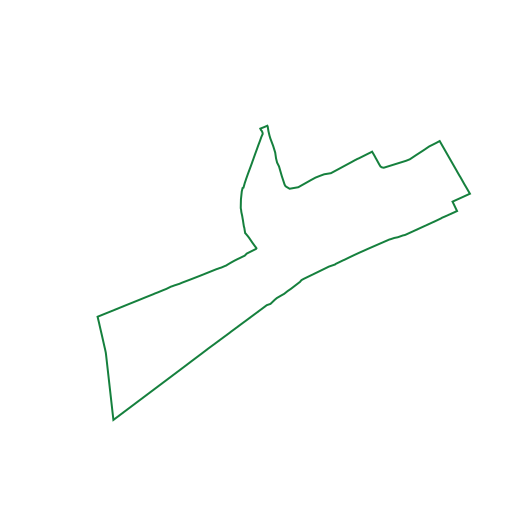 Santa Cruz Amilpas, Oaxaca, Mexico, rotated 50°
{"feature_id": "50627088B5876126006722", "entity_name": "Santa Cruz Amilpas", "entity_type": "district", "adm_level": 2, "iso_a3": "MEX", "parent_name": "Mexico", "parent_adm1": "Oaxaca", "projection": "albers", "projection_center": [-96.687, 17.048], "detail": "fine", "context": "isolated", "style": "outline", "palette": "green", "viewbox_px": 512, "rotation_deg": 50, "n_neighbors": 0, "source": "geoboundaries", "source_scale": "gbopen_adm2", "svg_char_len": 2729}
<svg xmlns="http://www.w3.org/2000/svg" viewBox="0 0 512 512"><g transform="rotate(50 256 256)"><path d="M289.9,470.6L291.6,439.2L294.6,383.9L295.1,373.9L295.4,368.3L295.6,364.8L295.7,362.7L295.8,361.2L296.2,352.2L297.9,325.2L297.9,324.1L299.7,294.6L300.6,279.3L302.0,275.7L301.6,269.9L301.6,267.1L302.4,262.4L303.1,258.7L303.2,254.3L303.6,250.4L304.1,238.9L304.0,238.4L303.7,236.7L303.9,235.6L304.2,234.1L308.3,217.8L311.0,206.9L313.2,201.2L313.3,201.0L313.3,200.0L315.4,191.7L315.7,190.9L316.9,186.0L318.5,179.8L320.0,174.3L321.2,170.2L322.4,165.9L329.1,143.2L329.6,142.2L331.1,138.4L332.8,135.3L334.7,130.2L335.6,128.5L335.9,127.6L344.9,94.9L346.1,90.2L346.3,88.8L347.2,85.9L350.8,73.1L340.7,70.5L342.0,65.8L343.9,59.0L345.8,52.1L338.4,50.8L334.7,50.2L331.6,49.6L326.8,48.7L325.3,48.5L320.2,47.6L319.9,47.5L314.8,46.6L311.5,46.0L286.0,41.4L285.2,45.3L284.1,50.0L283.7,51.6L283.4,52.9L282.7,59.8L281.6,68.7L280.8,76.0L279.5,79.9L272.8,95.9L270.5,101.4L269.0,102.6L267.5,103.1L264.9,102.7L264.4,102.6L258.4,101.4L258.1,101.4L256.4,101.0L253.7,100.5L250.7,100.0L250.3,101.9L249.7,104.3L247.3,114.4L246.7,116.3L246.6,117.0L246.2,118.6L245.6,121.8L243.5,131.9L242.5,136.8L240.7,145.4L237.2,151.3L235.6,155.8L234.2,160.0L233.2,164.9L231.9,171.9L231.1,176.1L230.5,179.4L226.1,187.0L222.4,188.3L221.3,188.5L219.7,188.2L211.2,184.8L202.2,180.8L198.0,179.8L194.1,177.9L189.1,174.8L182.7,172.1L175.3,169.5L172.5,168.3L168.3,166.2L164.5,163.9L163.5,163.6L162.8,165.9L162.4,167.2L161.2,170.8L162.6,171.2L164.0,171.2L165.7,171.7L166.8,172.4L168.2,175.3L170.5,179.2L172.5,182.8L174.9,186.9L177.2,190.9L179.6,195.0L180.1,195.8L181.4,198.1L181.8,198.7L184.5,203.4L184.9,204.1L187.5,208.7L187.9,209.4L190.2,213.3L190.6,214.0L191.5,215.4L191.9,216.1L193.0,217.9L193.5,218.6L195.6,221.7L195.3,222.6L197.4,225.4L202.9,231.1L206.3,234.1L209.5,236.9L211.3,237.9L212.0,238.4L213.3,239.2L216.2,240.7L217.4,241.4L219.1,242.4L220.0,242.9L220.5,243.2L223.1,244.8L225.6,246.3L227.0,246.9L228.3,247.7L230.5,249.0L231.6,249.6L231.9,249.5L232.5,249.5L235.4,249.5L237.6,249.6L243.4,250.2L244.9,250.3L247.7,250.5L250.1,250.6L250.4,250.7L250.6,251.4L248.2,261.5L248.5,264.5L247.9,266.7L247.1,270.0L246.6,271.8L245.8,275.2L245.4,277.2L244.9,279.8L244.3,283.5L244.1,285.1L243.7,286.2L242.6,289.9L241.6,292.3L241.5,292.7L240.7,294.7L235.1,311.8L231.8,321.5L228.9,329.8L228.7,330.5L228.4,331.5L228.0,332.8L227.6,333.7L226.6,336.2L226.2,337.1L225.7,338.5L225.4,339.4L224.8,340.8L224.7,341.3L224.0,344.1L223.6,345.8L222.5,349.1L220.7,354.8L219.6,357.9L219.4,358.8L216.5,367.6L215.0,372.3L210.5,386.1L200.7,416.4L206.9,419.5L208.8,420.5L218.8,425.6L228.5,430.6L230.3,431.5L233.3,433.1L235.2,434.3L289.9,470.6Z" fill="none" stroke="#15803d" stroke-width="2"/></g></svg>